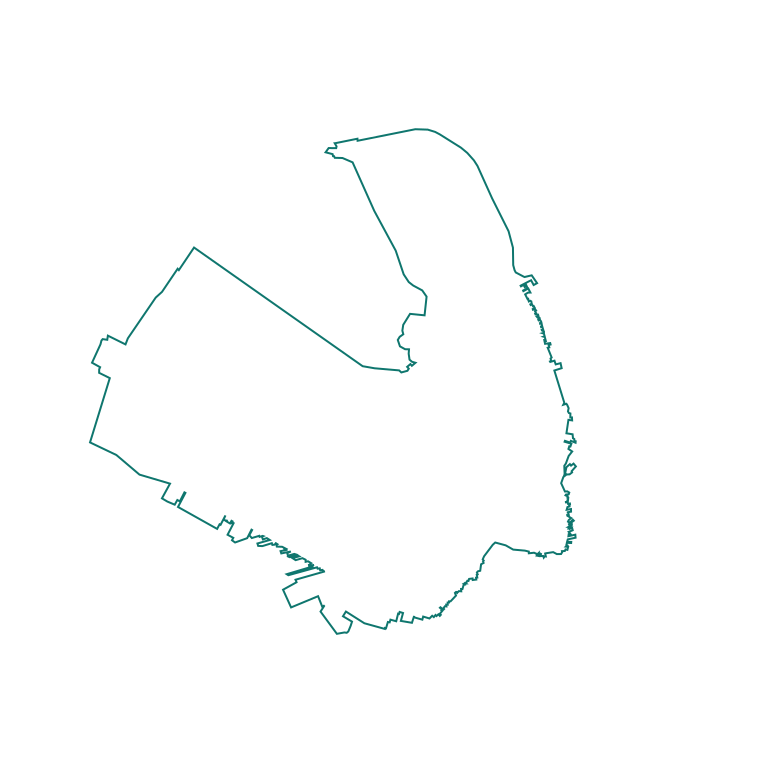 outline of Sector 6, Bucharest, Romania, rotated 39°
{"feature_id": "2599482B66456356420035", "entity_name": "Sector 6", "entity_type": "district", "adm_level": 2, "iso_a3": "ROU", "parent_name": "Romania", "parent_adm1": "Bucharest", "projection": "orthographic", "projection_center": [26.035, 44.443], "detail": "fine", "context": "isolated", "style": "outline", "palette": "teal", "viewbox_px": 768, "rotation_deg": 39, "n_neighbors": 0, "source": "geoboundaries", "source_scale": "gbopen_adm2", "svg_char_len": 6165}
<svg xmlns="http://www.w3.org/2000/svg" viewBox="0 0 768 768"><g transform="rotate(39 384 384)"><path d="M192.3,614.4L220.7,607.6L251.0,608.3L280.4,596.1L283.4,612.6L289.6,611.7L297.3,609.5L296.4,604.2L299.2,603.7L297.1,593.8L298.2,593.6L301.3,609.2L342.7,602.1L345.5,601.6L344.5,596.5L345.6,596.3L343.5,585.9L344.8,590.7L347.7,589.2L347.8,589.9L352.1,589.3L351.6,586.3L352.8,586.1L353.7,588.9L353.4,587.1L354.7,586.8L357.3,599.6L363.7,598.4L364.2,601.1L368.0,600.9L374.7,589.9L372.7,580.6L373.4,580.5L374.5,586.3L378.2,586.9L382.6,580.5L383.5,581.1L385.3,578.4L385.9,578.2L385.2,579.5L387.7,581.0L389.9,577.5L393.4,577.1L386.0,587.6L388.1,589.0L391.5,586.5L397.0,578.3L398.5,579.3L400.1,577.7L400.1,575.8L402.0,575.6L401.7,576.6L403.0,577.8L407.3,574.6L411.2,573.8L410.4,575.0L410.8,575.3L413.3,573.5L408.8,579.0L410.8,580.3L417.0,572.8L415.2,576.3L417.4,577.9L421.2,572.5L422.5,572.0L418.8,578.2L419.6,578.0L423.7,572.1L424.4,572.6L425.2,571.5L426.5,571.3L422.5,576.9L426.2,576.5L430.2,570.7L433.7,569.9L435.0,571.5L436.5,569.6L440.0,569.1L439.7,569.7L440.5,570.3L439.5,571.8L440.2,572.4L443.5,568.6L442.4,570.2L443.3,570.8L428.1,593.0L430.0,592.8L447.3,568.6L448.6,569.3L450.7,567.0L450.0,568.0L451.6,568.9L453.7,566.6L453.3,567.2L455.0,567.6L456.0,566.8L438.4,591.8L440.8,593.1L435.0,607.4L452.4,616.1L466.3,590.4L476.1,595.9L477.1,593.5L477.9,600.8L504.6,607.8L509.6,602.0L511.6,600.8L512.0,598.8L510.3,593.0L508.7,588.8L498.3,590.3L497.6,584.8L519.3,582.3L538.8,573.8L538.3,573.0L539.3,572.6L536.8,566.5L538.4,565.7L537.3,563.1L542.8,560.7L539.5,553.6L540.4,553.3L539.6,551.3L542.9,550.0L546.2,557.5L556.0,552.0L553.4,545.3L554.2,546.4L562.1,543.0L560.8,540.1L566.9,537.6L567.3,533.8L569.4,533.8L569.4,531.1L570.8,531.3L571.2,528.8L573.3,529.1L573.4,527.7L572.0,527.6L572.1,523.9L571.1,523.8L571.2,522.8L568.3,522.7L568.4,522.0L572.2,521.9L572.3,521.1L571.3,521.0L571.2,518.4L572.5,517.6L571.2,516.3L572.4,515.4L571.0,513.8L572.0,512.9L571.3,512.0L572.5,511.0L573.1,503.1L570.6,501.7L570.8,500.5L572.1,500.3L571.7,499.7L572.4,499.3L572.5,497.9L574.5,496.5L572.9,494.8L574.0,494.0L572.3,490.0L572.8,489.4L571.9,489.3L573.1,487.9L572.0,488.2L572.1,487.6L573.5,486.9L572.7,485.8L572.6,484.4L573.6,483.9L572.8,481.9L575.2,479.4L576.3,480.5L578.8,477.9L577.4,476.6L578.3,475.7L576.1,473.8L576.6,473.0L574.8,472.0L574.9,470.4L576.3,468.6L572.9,463.0L574.0,460.4L572.8,459.5L572.6,460.3L572.6,458.5L571.1,458.2L570.2,454.9L569.7,440.5L570.2,437.2L580.1,432.8L588.6,431.4L598.4,424.8L602.0,423.1L603.1,424.4L606.8,420.7L609.6,419.9L610.2,420.7L610.5,418.5L611.5,420.8L612.3,420.4L611.1,417.9L611.8,417.5L613.0,417.3L613.9,419.3L615.9,417.5L617.4,418.4L617.3,416.9L618.3,416.2L615.9,414.3L616.4,413.6L621.3,408.2L625.4,407.4L628.6,404.7L628.3,402.6L627.5,401.9L629.6,400.0L629.2,398.3L630.9,397.5L629.6,394.7L627.7,395.9L628.0,394.1L627.0,394.3L626.1,392.3L629.5,389.8L628.9,388.9L625.6,391.4L624.6,389.1L629.6,382.9L627.5,380.7L623.1,386.2L622.0,384.4L623.1,383.2L620.6,382.7L622.7,378.9L620.7,377.4L619.5,379.7L618.7,379.0L618.2,380.1L617.8,379.6L618.5,378.2L617.3,379.0L618.7,375.3L617.9,374.5L615.7,377.4L617.5,370.8L616.1,370.6L615.9,373.7L615.0,375.0L613.6,375.2L613.2,373.4L613.8,370.4L609.4,371.0L608.9,370.6L610.0,369.5L608.2,368.1L607.0,368.6L609.7,365.5L608.0,363.5L605.1,366.8L604.0,364.2L605.2,362.4L603.7,361.4L604.4,360.6L603.7,359.9L602.4,361.3L601.3,360.3L599.9,361.5L599.6,361.2L600.5,360.3L599.8,359.1L600.3,358.8L598.8,356.5L598.1,356.9L597.5,355.7L595.1,356.3L595.0,355.4L596.9,353.4L596.3,351.8L594.0,352.1L592.3,353.7L584.1,349.6L581.9,343.4L582.8,339.5L585.1,337.4L585.8,334.3L584.7,333.7L585.0,327.3L581.4,326.6L580.7,329.7L578.9,329.3L578.1,333.8L581.0,339.4L582.2,339.4L581.7,342.1L581.1,340.4L575.6,334.1L575.4,331.4L572.8,323.7L572.7,318.0L568.2,318.4L567.2,315.8L568.2,315.3L567.2,312.5L560.7,315.2L560.4,314.3L565.5,312.4L565.0,310.6L569.8,309.1L569.0,307.9L567.9,308.5L566.5,307.0L565.0,307.2L562.2,304.4L556.8,307.5L549.9,295.8L553.1,293.9L551.1,291.7L549.9,292.8L547.4,289.6L545.9,290.2L544.2,289.5L542.7,286.6L539.6,285.0L538.2,284.6L536.4,287.3L535.9,285.1L507.9,266.3L512.1,259.9L508.1,256.7L505.1,260.7L501.8,258.6L499.3,262.2L498.8,262.0L499.5,260.8L497.4,259.4L497.6,257.9L488.4,252.8L489.4,251.5L487.4,250.1L488.6,248.5L487.4,247.6L483.9,251.4L482.0,249.9L482.8,248.8L482.0,248.3L481.3,249.3L480.8,248.9L481.6,247.9L479.4,246.3L478.2,246.8L478.8,245.8L476.6,244.2L475.3,244.7L476.1,243.6L475.2,242.5L473.1,243.0L472.5,242.6L473.4,241.5L471.1,239.9L470.3,240.9L469.8,240.5L470.5,239.5L468.2,237.7L467.4,238.9L466.9,238.5L467.8,237.3L466.7,236.5L465.2,236.1L464.2,237.3L463.6,237.0L464.5,235.7L463.4,234.8L461.8,235.8L460.3,235.5L461.4,234.1L460.3,233.3L460.0,234.0L458.3,233.4L457.8,234.5L457.2,234.2L457.6,233.3L455.5,232.4L456.0,231.2L455.4,231.0L453.7,231.0L453.0,232.5L452.4,232.1L453.3,230.0L451.3,229.2L450.9,229.8L448.9,228.9L448.3,230.3L447.6,230.0L448.2,228.6L446.5,227.1L445.3,227.3L444.6,228.7L442.5,227.1L442.2,227.7L437.3,225.5L438.4,222.4L440.2,220.8L436.0,219.0L433.9,224.1L433.3,223.8L435.2,219.1L431.2,217.1L430.9,217.9L433.0,218.8L432.4,220.1L430.1,219.2L429.0,221.9L428.3,221.6L433.0,210.8L438.0,212.9L439.5,209.3L430.4,206.6L425.8,212.5L416.2,214.4L413.9,213.4L409.6,210.3L398.4,196.9L384.7,186.9L351.2,171.7L319.4,155.7L313.1,153.6L303.3,152.0L295.1,151.9L270.2,154.9L265.1,155.9L257.9,158.8L248.0,166.3L210.4,211.6L209.0,210.1L194.7,227.4L194.2,227.9L197.6,229.2L198.4,230.8L192.5,235.5L192.8,240.7L199.4,237.7L201.0,239.0L201.8,238.4L203.4,239.2L209.5,234.5L220.1,231.5L267.5,255.6L309.2,273.0L330.3,286.4L339.1,289.2L344.7,289.1L354.8,287.2L362.1,289.3L372.3,305.1L360.1,313.1L361.7,325.9L364.7,331.0L367.7,333.2L366.5,337.4L367.0,341.1L372.7,344.7L378.5,343.7L381.6,341.3L384.1,344.9L388.5,349.0L391.8,349.1L395.1,347.7L394.2,352.3L392.0,351.9L391.2,356.1L393.6,356.5L393.9,359.0L390.2,364.1L387.2,363.9L366.8,377.7L356.2,383.6L150.5,397.5L152.9,424.6L151.1,424.3L153.5,452.1L152.2,460.5L156.2,509.7L158.2,515.9L139.0,520.2L141.1,523.8L137.1,526.2L137.1,528.1L138.7,531.6L143.7,551.2L152.8,549.6L153.4,551.8L155.6,554.6L167.2,552.0L192.3,614.4Z" fill="none" stroke="#0f766e" stroke-width="2"/></g></svg>